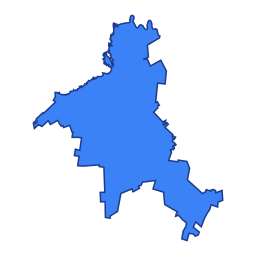 the district of Casas, Tamaulipas, Mexico
{"feature_id": "50627088B27179014352278", "entity_name": "Casas", "entity_type": "district", "adm_level": 2, "iso_a3": "MEX", "parent_name": "Mexico", "parent_adm1": "Tamaulipas", "projection": "mercator", "projection_center": [-98.689, 23.544], "detail": "fine", "context": "isolated", "style": "filled", "palette": "blue", "viewbox_px": 256, "rotation_deg": 0, "n_neighbors": 0, "source": "geoboundaries", "source_scale": "gbopen_adm2", "svg_char_len": 5628}
<svg xmlns="http://www.w3.org/2000/svg" viewBox="0 0 256 256"><path d="M57.4,92.6L55.1,92.4L55.3,96.6L53.3,100.5L55.6,101.7L55.6,102.0L43.5,113.4L42.9,112.7L36.1,119.0L37.1,121.0L37.2,121.7L35.5,123.3L35.2,121.2L33.3,123.0L34.4,128.5L38.4,124.7L38.8,125.3L40.5,125.3L41.0,126.2L42.1,126.4L48.2,120.6L50.3,124.5L57.8,120.4L59.7,124.3L61.2,126.1L62.9,125.6L63.5,127.5L69.8,125.4L72.0,132.1L72.8,132.1L73.0,132.6L72.7,132.7L72.1,137.4L77.7,137.3L81.5,137.8L79.8,150.3L75.4,149.2L74.4,155.6L79.0,156.2L77.7,165.7L83.1,166.1L99.2,164.9L99.3,166.6L103.9,167.2L104.8,192.2L100.2,192.4L100.6,201.9L105.1,201.7L105.4,217.4L109.9,218.2L110.3,217.9L110.3,215.9L117.5,211.5L120.9,193.5L131.8,188.9L133.0,191.8L139.5,188.3L138.4,186.2L141.0,185.4L142.4,182.2L155.5,180.5L153.0,189.0L163.6,192.2L164.7,204.5L177.6,212.0L176.2,213.8L176.0,215.2L175.6,216.3L178.5,215.3L182.5,219.7L186.4,222.8L186.0,226.1L183.2,231.2L181.8,238.8L187.0,240.6L189.1,233.3L193.6,234.1L195.1,236.2L198.2,235.0L199.3,232.1L193.2,227.1L195.7,221.9L201.3,226.8L204.3,218.7L207.2,213.2L209.7,209.6L211.1,204.8L217.6,207.0L218.0,202.2L222.7,200.3L222.1,190.4L215.7,192.8L215.6,190.6L213.2,189.4L211.8,190.1L211.2,189.9L210.8,191.1L206.3,189.6L205.3,192.0L202.4,193.5L187.4,179.9L189.6,168.3L186.9,161.4L178.2,160.1L177.9,161.8L168.6,160.5L171.5,152.4L171.4,151.7L170.6,151.1L170.4,149.8L170.7,149.8L171.0,150.3L172.5,148.9L172.7,149.0L172.6,149.6L173.1,149.8L173.8,148.7L174.3,148.6L174.4,148.1L174.0,147.2L173.0,146.9L172.7,146.4L173.4,145.7L174.2,145.7L174.7,144.8L175.4,145.4L175.8,145.1L176.0,144.7L175.9,144.4L174.9,143.6L174.5,142.7L173.6,142.4L172.3,141.3L172.6,140.8L172.5,140.0L173.3,138.6L173.6,138.6L173.6,139.4L174.1,139.5L174.3,138.9L175.5,137.5L175.5,137.0L175.1,136.9L174.5,137.3L173.6,136.9L172.3,136.7L172.3,136.4L173.2,136.3L173.4,135.9L172.6,135.3L172.5,134.9L172.7,134.5L166.8,129.1L165.1,127.3L168.3,124.2L166.9,122.7L163.7,125.4L163.2,124.7L163.4,123.5L163.7,122.8L164.5,122.6L164.9,122.2L165.2,122.9L165.7,120.4L162.8,122.0L153.6,112.2L157.6,108.2L157.9,105.7L159.3,105.3L157.4,101.8L155.6,102.5L157.6,83.1L165.1,84.0L166.4,71.0L160.8,60.2L150.4,66.0L147.3,59.0L145.6,59.0L143.1,59.6L148.4,57.0L147.4,45.1L159.5,37.9L159.9,36.0L158.8,35.5L158.3,34.9L157.4,31.8L157.1,29.7L156.3,29.1L155.3,28.7L154.3,29.2L153.4,29.2L152.4,28.3L151.9,26.2L151.9,23.8L150.8,21.1L150.2,20.5L149.2,20.4L148.2,21.3L147.1,25.1L147.4,28.3L147.0,29.0L146.3,29.4L145.7,29.4L144.7,28.9L143.0,26.1L141.7,25.1L140.8,24.8L139.5,25.2L139.0,25.8L138.5,27.1L137.9,27.7L137.1,27.9L136.3,27.4L133.3,21.8L133.2,20.8L133.9,18.6L133.9,16.7L132.9,15.5L132.4,15.4L131.5,15.6L130.5,16.4L130.1,19.1L129.6,20.1L130.3,21.3L130.3,21.7L129.4,22.6L125.2,23.1L120.5,24.1L119.1,24.7L118.9,25.1L117.4,25.0L117.0,25.4L116.9,25.0L116.7,25.5L117.1,26.1L116.7,25.9L116.4,26.1L116.4,25.5L116.0,25.5L116.6,24.9L116.4,24.5L115.2,23.7L114.8,23.7L114.4,23.5L114.1,23.1L113.7,23.2L113.7,23.5L113.4,23.5L113.3,24.5L113.9,24.6L113.4,24.8L113.3,25.2L113.9,25.4L113.4,25.6L113.4,26.4L113.9,26.6L114.2,27.0L113.7,26.8L113.5,27.1L113.8,30.1L113.6,32.5L113.8,33.3L112.9,33.2L113.0,34.1L113.3,34.4L113.1,34.8L112.6,34.8L112.3,35.2L112.0,35.1L112.1,35.4L111.3,34.5L111.1,35.0L110.7,35.1L110.7,35.8L111.1,36.6L110.6,36.9L110.5,37.8L110.8,38.2L110.6,38.7L110.3,38.7L110.0,39.1L110.2,39.7L110.5,39.6L110.7,40.1L111.4,40.6L111.2,41.6L111.8,42.0L112.2,41.8L111.7,42.3L110.5,42.3L111.3,42.7L110.8,43.5L110.8,44.6L111.6,44.9L111.9,45.5L111.0,45.3L110.8,46.0L110.1,45.7L109.6,44.9L109.8,44.4L109.3,44.1L109.3,43.4L108.9,43.2L108.8,44.5L109.1,44.7L108.6,45.5L109.3,47.3L109.0,47.8L109.1,49.1L108.5,49.8L109.3,50.6L108.9,50.7L109.0,51.2L108.4,50.7L107.5,51.9L109.0,53.1L110.2,53.4L110.1,53.9L110.7,54.2L110.9,54.7L110.9,55.2L110.4,55.5L110.5,55.7L111.2,57.0L110.6,58.0L112.8,59.4L113.5,60.1L112.8,61.1L112.2,61.1L112.5,62.6L113.6,64.5L112.8,65.6L112.9,66.1L112.1,65.5L113.0,64.9L113.2,64.0L112.5,63.4L111.8,63.5L111.8,61.9L111.1,61.4L110.8,60.3L110.0,59.7L109.8,59.0L109.5,58.8L109.1,57.6L106.8,55.9L106.8,55.1L106.4,54.5L106.6,54.2L106.1,52.4L105.7,53.1L105.6,52.9L105.4,53.2L105.1,53.1L105.2,52.6L104.8,52.6L104.3,53.0L104.4,53.4L104.7,53.5L104.1,53.5L103.9,53.6L104.4,54.4L103.8,54.4L103.6,54.7L103.4,54.3L103.1,54.8L103.1,55.1L103.5,55.7L104.4,55.5L104.5,55.8L104.8,55.7L104.8,56.3L104.5,56.0L104.0,56.2L104.7,58.0L104.7,59.0L104.4,59.2L103.4,58.6L103.0,59.0L103.6,59.3L104.4,61.7L104.9,61.6L105.2,62.0L104.0,62.2L104.0,63.6L104.5,63.9L104.8,63.3L105.8,63.4L106.0,63.7L105.4,63.7L105.4,64.0L106.2,64.8L106.3,64.6L106.7,65.2L106.9,64.8L107.4,64.7L107.4,65.0L107.8,65.4L108.0,65.4L108.2,65.0L108.3,65.3L108.4,65.0L108.7,65.1L108.3,65.5L108.7,66.0L110.1,66.8L109.5,67.5L109.9,67.1L110.8,67.0L110.7,67.4L111.1,67.3L111.7,69.1L110.5,71.6L108.7,73.4L108.4,73.3L108.2,73.9L102.7,72.9L103.1,73.9L103.1,75.4L101.4,76.4L100.4,76.6L97.4,76.5L97.1,77.7L96.4,78.1L95.9,77.7L95.4,78.4L94.7,77.9L94.6,78.1L94.8,78.3L94.6,78.5L93.7,78.4L93.3,77.5L92.5,78.7L93.1,79.1L92.8,79.1L92.7,79.4L92.1,79.3L92.2,79.0L91.7,79.2L91.0,79.9L90.7,80.7L89.5,81.0L88.6,80.5L87.9,81.9L86.8,82.4L86.7,82.9L87.2,83.5L86.7,84.1L85.5,83.7L85.0,83.7L83.6,86.2L82.3,86.5L81.8,85.9L81.3,85.9L81.3,86.7L81.7,87.2L81.5,87.6L80.7,87.3L80.2,86.5L79.4,86.5L79.5,87.5L79.3,88.2L78.2,89.0L77.6,88.9L77.0,90.2L76.2,89.9L75.9,90.4L74.5,90.5L73.7,89.7L73.3,90.8L73.0,91.0L72.0,91.3L71.7,91.6L71.2,91.2L70.5,91.3L69.9,92.0L70.0,92.5L69.5,93.4L69.1,93.6L67.9,93.8L67.6,94.5L67.1,94.6L66.0,94.3L65.6,94.5L65.8,94.9L65.4,95.1L63.9,94.5L62.8,94.9L60.0,94.0L59.6,93.6L59.4,92.6L59.2,92.4L58.2,93.3L57.9,93.3L57.4,92.6Z" fill="#3b82f6" stroke="#1e3a8a" stroke-width="1.5"/></svg>